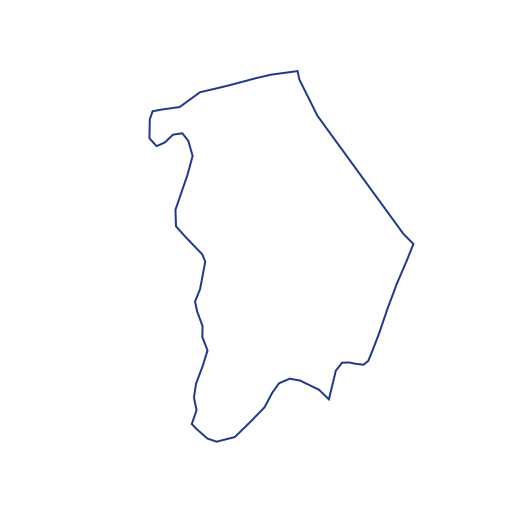 an SVG outline of Makedonska Kamenica, rotated 19°
{"feature_id": "MKD-3006", "entity_name": "Makedonska Kamenica", "entity_type": "Statistical Region", "adm_level": 1, "iso_a3": "MKD", "parent_name": "North Macedonia", "parent_adm1": "", "projection": "equal_earth", "projection_center": [22.521, 42.044], "detail": "fine", "context": "isolated", "style": "outline", "palette": "blue", "viewbox_px": 512, "rotation_deg": 19, "n_neighbors": 0, "source": "natural_earth", "source_scale": "10m", "svg_char_len": 927}
<svg xmlns="http://www.w3.org/2000/svg" viewBox="0 0 512 512"><g transform="rotate(19 256 256)"><path d="M235.1,67.6L239.6,75.1L268.4,103.4L388.0,187.0L400.9,193.4L400.1,210.6L398.2,236.4L397.5,262.9L397.6,288.7L397.0,305.8L396.3,318.7L393.0,323.8L385.2,325.5L378.6,326.4L372.1,328.9L368.8,338.4L371.6,367.8L359.2,362.0L338.1,359.4L327.7,361.1L319.2,368.9L315.9,380.0L313.3,396.3L304.8,414.4L294.9,434.1L279.2,444.4L269.4,444.4L256.8,439.2L250.0,435.8L250.0,435.1L250.0,421.2L243.4,410.0L240.9,396.3L241.4,377.4L240.9,361.1L231.6,350.0L228.3,339.7L218.5,327.7L213.2,319.1L213.9,305.5L209.9,278.0L204.8,272.0L184.4,261.6L170.7,254.0L164.8,238.5L164.8,201.7L163.5,182.0L154.4,169.1L146.4,164.0L138.0,168.3L132.7,178.5L126.2,184.5L116.9,179.4L111.1,161.4L111.1,156.6L111.1,152.8L120.2,147.7L135.3,140.0L149.7,119.4L174.1,104.0L198.3,87.7L211.1,79.7L234.8,67.8L235.1,67.6Z" fill="none" stroke="#1e3a8a" stroke-width="2"/></g></svg>